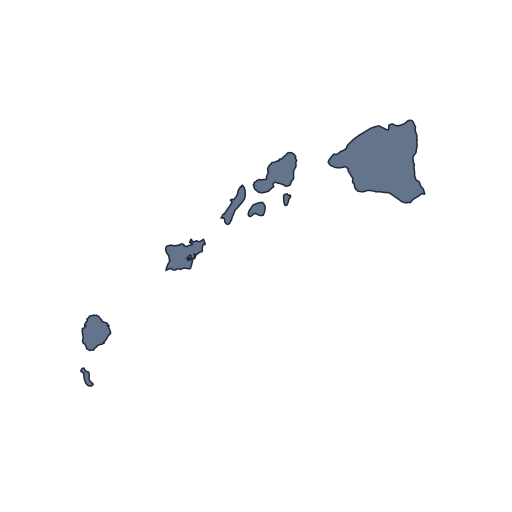 an SVG outline of Hawaii, rotated 296°
{"feature_id": "USA-3517", "entity_name": "Hawaii", "entity_type": "State", "adm_level": 1, "iso_a3": "USA", "parent_name": "United States of America", "parent_adm1": "", "projection": "mercator", "projection_center": [-158.302, 23.654], "detail": "fine", "context": "isolated", "style": "filled", "palette": "slate", "viewbox_px": 512, "rotation_deg": 296, "n_neighbors": 0, "source": "natural_earth", "source_scale": "10m", "svg_char_len": 6145}
<svg xmlns="http://www.w3.org/2000/svg" viewBox="0 0 512 512"><g transform="rotate(296 256 256)"><path d="M440.0,331.4L443.7,333.0L445.2,334.3L446.0,335.9L445.8,337.9L441.8,342.8L438.7,344.0L434.2,348.3L431.2,349.2L431.1,350.0L428.6,350.6L426.5,352.2L418.8,354.5L415.9,353.8L414.2,353.7L412.6,354.2L408.8,356.8L407.5,358.4L406.1,358.6L405.0,359.1L402.4,360.8L398.9,362.9L397.8,363.2L394.8,366.2L394.3,367.4L394.4,370.0L390.9,373.6L389.7,376.7L388.7,377.8L385.8,380.4L385.2,380.0L385.2,378.4L383.8,377.2L380.9,375.7L375.8,372.4L371.6,371.3L370.7,368.6L369.8,368.3L369.2,366.3L368.7,363.2L369.5,359.4L371.1,348.7L370.9,346.8L370.0,345.1L367.5,337.8L366.8,336.9L366.1,335.3L366.3,333.7L365.5,332.2L365.1,330.5L364.3,328.4L363.1,326.6L362.0,325.7L360.5,323.9L358.9,319.2L359.6,317.1L360.3,315.4L361.8,314.0L363.3,313.0L363.9,312.3L364.3,310.9L365.3,310.1L368.2,309.0L369.6,306.5L370.3,305.7L371.9,302.9L373.5,301.1L374.6,301.0L375.4,297.7L374.9,296.3L373.7,295.2L371.3,291.4L370.3,288.2L370.1,283.1L371.4,280.5L372.3,279.6L374.9,279.6L381.4,281.1L381.8,281.4L382.0,282.0L382.1,282.7L383.2,284.6L385.9,285.7L387.7,286.7L388.9,288.2L390.6,289.0L392.0,290.1L393.6,289.7L396.1,289.8L403.6,292.5L409.8,295.8L421.2,303.2L424.9,306.9L426.9,309.6L426.8,316.4L427.0,319.5L429.0,319.4L431.7,318.1L433.7,319.6L434.6,321.1L434.4,324.3L435.3,326.3L436.5,328.1L440.0,331.4ZM362.9,239.5L364.5,242.7L364.1,245.7L362.8,248.1L361.1,248.6L359.7,250.7L357.8,250.7L354.0,252.7L350.1,252.5L348.8,252.6L341.9,255.9L338.4,255.1L337.5,255.3L334.6,255.5L332.6,253.6L332.4,252.8L331.5,251.8L332.1,251.3L332.1,250.0L331.6,245.1L331.0,243.7L331.0,242.2L330.6,240.9L329.8,240.2L329.1,239.8L328.0,239.8L327.0,240.3L326.6,241.3L325.7,241.5L323.7,240.2L322.2,239.9L320.7,238.9L319.7,239.0L318.8,237.8L317.1,236.0L315.2,233.4L315.1,231.8L314.4,230.9L315.1,227.3L315.7,225.5L316.5,224.3L317.3,224.2L317.9,223.6L318.0,223.0L318.6,222.5L320.0,222.7L320.6,222.5L320.8,222.2L321.3,222.1L321.8,222.5L322.4,223.2L323.1,223.3L325.1,224.3L325.5,225.3L326.3,225.5L326.5,226.5L326.5,227.4L327.5,228.3L329.4,231.7L330.6,231.6L331.4,230.7L332.7,230.7L336.6,230.3L338.8,228.6L339.9,228.2L342.2,228.1L343.3,228.3L344.8,228.8L345.2,229.2L346.1,229.0L347.2,229.7L347.6,230.5L349.3,232.4L350.5,233.3L351.4,234.2L351.5,234.8L352.7,234.9L353.0,234.5L353.9,235.2L354.3,236.3L354.7,236.8L357.1,237.2L359.5,238.4L362.9,239.5ZM243.7,198.2L244.5,199.4L247.4,201.1L247.9,201.6L244.7,204.9L243.9,205.1L243.7,204.7L243.7,204.0L243.1,203.4L241.2,203.9L239.7,204.1L238.5,204.7L237.5,205.5L236.4,205.5L235.9,205.3L235.0,203.8L231.6,202.2L230.8,201.1L230.6,200.4L230.6,199.7L230.1,200.0L229.1,200.8L229.8,201.7L226.9,201.9L227.0,201.5L227.4,201.3L226.8,200.8L225.7,200.9L225.5,199.5L225.6,199.0L225.4,198.5L227.7,197.4L228.0,196.7L227.1,196.0L225.9,195.4L225.6,195.7L225.4,196.7L224.8,196.4L223.8,195.2L223.9,196.3L224.3,197.4L223.9,197.7L221.8,195.8L222.3,197.0L223.4,198.3L224.9,199.5L224.6,200.7L223.3,201.2L219.1,202.1L217.8,202.2L216.6,202.6L215.1,201.7L214.5,199.2L213.8,197.2L212.2,195.0L210.9,194.3L210.6,192.3L210.1,191.2L208.1,189.7L207.3,188.3L207.2,184.6L206.7,183.9L203.7,181.4L204.2,181.2L206.7,180.7L209.7,180.5L212.8,180.6L213.7,180.3L214.7,180.6L215.0,179.7L215.3,179.2L216.6,178.5L218.6,176.9L218.5,176.4L219.7,174.2L222.2,171.9L224.4,171.3L225.3,171.3L225.8,171.6L226.7,172.7L227.8,173.7L227.9,174.5L228.5,174.8L228.5,175.5L229.1,176.1L228.8,177.5L229.7,178.7L230.6,179.7L231.1,181.0L231.8,181.4L232.2,182.7L232.7,182.6L233.5,182.8L234.6,184.5L234.6,186.2L234.1,186.2L233.7,186.7L234.2,190.0L235.8,190.6L236.9,192.4L238.0,192.8L238.1,193.3L238.9,193.6L240.0,192.1L238.9,191.4L239.0,190.5L239.8,190.2L241.5,190.4L242.4,190.1L242.6,190.7L241.6,191.7L241.4,193.1L241.5,194.2L242.6,194.9L243.5,195.8L243.8,196.5L243.5,197.3L243.7,198.2ZM132.2,138.0L132.8,138.4L132.7,141.3L132.0,142.2L131.0,145.1L130.0,145.7L129.9,147.8L130.2,150.6L130.1,152.0L129.9,152.6L129.0,152.6L128.2,153.0L128.7,153.5L129.0,154.2L128.5,154.7L127.7,154.6L126.5,155.6L126.0,156.5L124.3,157.9L124.2,158.4L123.4,158.5L122.7,159.3L119.6,158.2L117.7,158.0L116.2,158.0L112.6,157.4L112.0,156.8L111.7,156.9L111.6,157.4L111.0,157.6L110.6,157.0L109.7,156.6L108.9,155.9L108.4,155.2L107.8,154.0L107.0,153.8L106.7,153.2L106.0,152.8L104.6,152.6L102.7,151.7L101.3,151.4L100.1,151.0L99.5,149.8L99.3,149.0L98.7,148.7L98.2,148.0L98.4,145.1L98.3,144.4L99.0,144.2L101.8,140.7L102.0,138.8L102.5,138.6L103.2,137.5L106.6,136.6L108.6,135.4L109.8,134.3L111.4,133.5L112.1,132.7L113.0,132.4L113.7,132.4L114.2,131.8L114.9,132.0L115.4,132.4L115.7,132.9L117.1,133.3L117.8,133.7L118.4,133.7L118.2,133.1L118.4,132.5L119.6,132.0L120.9,132.2L122.5,132.2L123.3,132.8L124.0,132.7L125.3,131.6L127.1,132.7L128.3,132.6L129.6,133.3L130.1,134.5L131.0,135.4L131.5,135.5L132.2,138.0ZM310.7,211.8L311.4,211.6L311.8,211.9L311.6,212.3L312.1,212.5L313.2,212.5L313.7,212.8L312.4,215.3L310.2,217.4L307.6,218.9L305.0,220.0L302.3,220.6L299.5,220.3L296.8,219.7L291.4,218.3L288.1,217.1L280.0,217.7L277.6,218.1L275.6,217.9L274.0,218.0L272.7,217.5L271.9,216.4L271.9,215.0L272.4,213.8L273.2,212.9L274.4,212.4L275.6,211.1L275.9,209.6L275.0,208.5L275.0,207.9L276.8,208.2L278.5,208.1L279.4,208.3L279.9,209.2L281.0,209.2L291.2,210.7L293.9,210.9L294.4,210.0L294.5,209.3L294.8,208.7L295.5,208.6L296.5,209.8L296.8,211.2L300.3,212.2L303.9,212.1L305.4,211.9L307.1,211.3L307.7,211.4L309.0,211.3L310.7,211.8ZM303.7,233.8L306.0,236.4L306.7,237.7L306.9,238.6L306.4,239.9L304.9,242.3L301.8,243.7L299.2,244.4L295.8,244.6L294.4,242.6L294.0,240.8L293.9,237.7L293.7,236.1L292.5,235.4L289.6,234.2L288.7,232.8L289.3,231.2L290.9,230.4L293.8,230.0L300.6,231.0L303.7,233.8ZM75.4,149.4L76.6,148.8L77.8,148.9L79.2,149.4L79.8,150.7L78.3,152.5L77.8,154.1L78.3,156.1L77.4,157.4L75.1,158.6L73.8,159.0L72.3,160.0L71.3,160.8L70.8,162.0L69.5,165.7L68.6,166.0L67.7,165.3L66.9,165.0L66.0,162.4L66.2,160.7L67.0,158.9L69.7,156.0L71.9,154.4L74.7,152.7L75.5,150.8L75.4,149.4ZM323.8,254.6L325.5,256.7L324.6,258.9L325.7,259.6L325.0,261.0L323.0,261.0L321.1,260.7L317.9,261.4L315.6,261.6L314.1,260.1L314.9,259.0L316.4,257.7L320.5,255.2L322.3,254.5L323.8,254.6Z" fill="#64748b" stroke="#1e293b" stroke-width="1.5"/></g></svg>